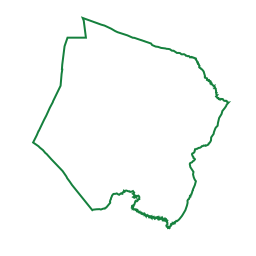 Serengeti, Mara, United Republic of Tanzania (orthographic projection), rotated 199°
{"feature_id": "72390352B48676394939092", "entity_name": "Serengeti", "entity_type": "district", "adm_level": 2, "iso_a3": "TZA", "parent_name": "United Republic of Tanzania", "parent_adm1": "Mara", "projection": "orthographic", "projection_center": [34.487, -1.957], "detail": "fine", "context": "isolated", "style": "outline", "palette": "green", "viewbox_px": 256, "rotation_deg": 199, "n_neighbors": 0, "source": "geoboundaries", "source_scale": "gbopen_adm2", "svg_char_len": 5424}
<svg xmlns="http://www.w3.org/2000/svg" viewBox="0 0 256 256"><g transform="rotate(199 128 128)"><path d="M213.0,83.4L206.6,81.6L205.1,80.8L201.2,79.4L197.9,77.4L196.6,77.0L190.5,73.6L175.8,66.0L170.5,62.1L169.1,60.7L165.6,58.3L162.4,55.9L135.0,38.7L134.4,39.4L131.3,40.9L128.5,42.0L127.1,42.1L125.0,43.8L123.7,44.2L123.4,45.2L122.7,45.6L120.5,51.4L120.7,52.1L121.1,52.5L121.2,54.3L121.0,55.1L121.2,56.2L121.0,58.3L121.1,58.9L120.3,60.9L118.2,61.8L117.3,62.5L115.4,62.0L114.6,62.0L113.6,63.7L112.9,64.2L112.1,63.8L111.8,64.1L112.1,64.9L112.0,65.4L111.4,66.0L111.4,67.2L110.4,66.7L110.1,67.8L109.3,68.3L106.8,68.3L106.2,68.6L105.7,68.3L104.9,68.4L104.5,68.8L103.7,69.0L102.8,70.0L101.1,68.9L101.2,68.3L101.9,67.4L100.7,67.1L99.9,65.8L100.0,65.2L100.6,64.4L99.3,64.1L98.1,65.3L97.5,65.2L97.5,65.7L98.4,66.1L98.6,66.5L97.4,66.5L96.2,67.4L95.4,67.0L94.8,66.4L94.3,64.6L94.2,64.4L95.7,63.5L95.2,62.8L95.6,61.7L96.2,61.4L97.0,61.6L97.2,61.2L97.1,57.7L97.8,56.8L97.3,56.3L97.4,55.9L97.7,55.8L98.0,56.1L98.8,55.7L98.8,55.3L98.0,54.0L98.2,53.7L97.6,53.5L97.4,53.1L96.9,53.9L95.7,52.8L94.8,53.5L94.3,53.2L93.8,53.5L93.7,53.1L93.2,53.3L92.8,52.6L92.2,53.4L91.9,53.1L92.0,52.7L91.7,52.1L91.0,52.3L90.4,51.9L90.0,52.3L89.9,51.9L89.6,51.7L88.8,51.9L88.7,52.3L87.7,52.4L87.0,52.0L87.0,51.8L87.5,51.9L87.5,51.4L87.3,51.2L86.5,51.5L86.0,51.3L85.5,51.7L85.4,52.2L85.0,52.4L84.9,52.0L84.1,52.1L83.8,51.8L83.8,51.3L84.3,51.1L84.1,50.8L83.3,51.3L82.5,50.7L82.7,51.6L82.3,51.5L82.3,51.1L81.8,51.0L81.7,51.4L81.3,51.6L81.0,51.5L80.9,51.9L79.8,51.2L78.6,51.9L78.2,51.8L78.5,51.4L78.3,51.2L78.5,50.5L78.0,50.6L78.1,50.9L77.6,51.3L77.5,51.0L76.8,50.7L77.3,51.6L77.0,51.7L76.9,51.9L76.6,51.3L76.2,51.6L76.3,51.9L75.7,51.8L75.2,52.1L75.2,51.6L75.0,52.0L74.6,51.8L74.6,51.5L74.2,51.7L74.2,51.4L73.4,51.3L73.5,51.7L73.0,51.8L73.3,51.1L73.7,51.1L73.2,50.9L73.0,51.6L72.7,51.5L72.4,51.7L72.9,51.8L72.9,52.3L72.5,52.3L72.3,52.5L71.7,52.4L71.7,53.0L71.3,53.3L71.3,53.0L70.7,52.9L70.4,52.6L70.2,52.7L70.5,52.9L70.3,53.2L69.9,52.9L69.8,53.1L69.6,52.6L70.0,52.5L69.7,52.4L69.9,52.0L69.7,51.6L69.2,51.8L69.3,52.1L68.9,52.5L68.6,51.8L68.3,52.1L68.3,53.0L68.0,52.9L68.0,53.1L67.3,53.3L67.0,53.2L67.1,53.8L66.6,53.5L66.4,54.0L66.1,53.9L66.1,54.1L65.5,53.6L66.0,53.2L65.9,52.8L65.4,52.8L65.7,52.5L65.4,52.3L65.0,52.4L64.9,52.0L63.9,52.4L63.6,52.2L63.3,52.4L63.7,52.8L64.0,52.8L63.8,53.1L64.0,53.4L63.8,53.9L63.6,53.7L63.6,54.0L63.1,53.9L63.5,54.3L63.2,54.6L62.9,54.6L63.0,54.9L62.4,54.2L62.7,54.1L62.8,53.8L62.5,53.7L62.7,53.4L62.2,52.8L61.4,53.5L61.0,53.4L61.5,52.6L61.2,52.5L61.3,52.1L61.1,52.0L60.7,52.3L60.5,51.9L60.3,51.9L60.1,52.3L60.1,51.3L60.2,51.2L59.4,50.1L59.5,49.2L60.0,48.4L59.4,47.4L58.2,47.0L58.0,47.3L57.6,46.5L57.2,46.8L56.3,46.7L56.1,47.0L56.4,48.3L55.7,49.3L55.9,50.0L55.5,50.3L56.0,51.2L55.4,51.9L54.9,51.8L54.3,52.0L54.3,52.5L53.9,52.3L53.1,52.8L53.6,53.1L53.0,53.2L53.0,53.9L53.3,53.9L53.3,54.2L52.9,54.6L52.5,54.6L52.1,55.9L51.2,56.0L49.9,58.2L48.5,62.0L48.0,64.0L47.0,69.0L47.0,73.9L47.3,76.7L48.1,78.7L47.9,79.9L47.2,80.8L47.2,82.6L46.6,83.4L47.3,84.2L46.4,85.6L46.6,86.1L46.4,87.5L46.6,89.4L46.3,90.2L46.6,90.9L46.2,95.8L46.5,99.8L48.1,100.9L49.8,102.8L51.4,105.3L51.8,107.8L56.3,111.3L57.8,113.9L57.9,114.4L57.7,115.2L56.3,116.4L55.8,117.8L55.1,118.5L54.5,120.1L54.9,120.6L56.5,121.1L56.8,121.9L58.0,122.7L59.0,124.1L58.9,124.8L57.8,125.9L57.3,127.3L57.6,128.0L57.5,129.0L57.7,129.6L57.1,129.8L56.7,130.5L55.7,130.9L54.9,132.1L53.6,132.7L52.6,133.9L52.3,134.8L51.3,135.3L50.9,136.0L49.9,136.2L49.2,136.8L48.7,136.5L47.1,138.0L46.6,138.6L46.7,139.6L46.3,139.9L45.7,141.6L45.5,143.3L46.3,146.2L45.1,150.4L45.4,151.9L45.3,156.2L44.9,157.5L44.0,159.3L44.6,162.1L45.1,167.2L44.1,171.6L44.3,174.8L43.0,178.4L42.4,180.6L42.3,182.2L41.4,184.4L41.7,184.2L42.0,184.4L42.0,184.7L42.4,184.6L43.4,185.6L43.8,185.5L44.3,185.7L45.0,185.2L45.9,185.1L46.7,185.3L47.8,186.2L49.5,185.8L49.5,185.4L50.0,184.9L50.3,185.2L51.5,184.9L51.8,185.5L52.3,185.8L53.1,185.4L53.5,185.9L54.8,186.4L55.0,186.5L54.4,188.1L54.8,188.0L55.5,188.7L55.9,189.6L55.7,190.1L56.4,190.3L56.8,191.8L57.5,192.8L57.8,193.7L58.5,194.1L58.8,194.0L58.7,194.2L59.5,195.3L60.2,195.5L60.2,195.8L60.6,195.4L60.8,195.8L62.9,196.6L63.2,197.1L63.5,196.8L63.7,197.1L63.8,196.7L64.5,196.8L64.9,198.0L65.3,198.2L65.0,198.6L65.3,199.1L66.4,199.1L66.6,199.3L66.8,199.1L67.0,199.4L67.4,198.9L67.9,199.4L68.4,199.3L68.3,199.6L69.1,199.6L69.5,200.2L69.3,200.3L69.4,200.6L69.9,200.5L71.2,200.8L71.7,200.7L72.1,201.4L72.0,202.0L74.9,206.1L77.1,207.5L78.0,207.6L78.8,208.2L79.6,208.2L80.3,208.5L80.6,208.8L80.6,210.0L81.1,210.3L81.8,211.2L82.4,211.2L82.5,211.7L82.9,211.8L83.1,212.4L83.3,212.3L83.6,212.9L84.0,212.8L84.8,213.9L86.5,215.1L86.1,215.3L86.4,215.8L88.4,215.9L89.1,215.6L89.4,215.9L90.3,215.9L90.9,215.9L91.1,215.4L91.4,215.3L91.7,215.5L92.4,215.1L92.6,215.4L94.0,215.8L95.0,215.3L96.2,215.4L96.7,215.2L97.3,215.7L99.1,216.0L100.9,215.2L101.6,215.1L102.9,215.7L104.3,215.6L106.1,214.9L110.0,215.9L111.7,215.4L114.0,216.1L115.6,215.9L117.4,215.4L118.5,215.4L122.8,214.5L125.9,214.5L128.4,214.0L132.2,214.3L133.7,215.4L151.5,215.3L152.9,214.9L158.7,215.4L169.1,215.2L171.8,215.5L176.1,216.4L183.6,217.2L186.9,217.0L206.7,217.3L204.8,215.1L197.2,199.7L214.6,193.7L214.6,184.6L210.8,166.5L209.6,162.0L209.2,162.0L208.4,157.5L205.5,146.0L207.6,128.6L207.5,128.0L208.5,121.7L209.3,113.1L210.0,108.5L211.4,96.2L211.6,96.0L211.9,91.5L213.0,83.4Z" fill="none" stroke="#15803d" stroke-width="2"/></g></svg>